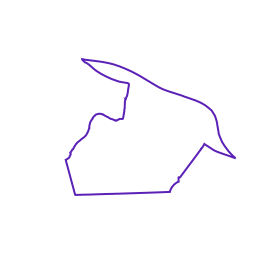 Hendrik-Ido-Ambacht, Zuid-Holland, Netherlands, rotated 328°
{"feature_id": "6326949B24881260895403", "entity_name": "Hendrik-Ido-Ambacht", "entity_type": "district", "adm_level": 2, "iso_a3": "NLD", "parent_name": "Netherlands", "parent_adm1": "Zuid-Holland", "projection": "albers", "projection_center": [4.638, 51.847], "detail": "fine", "context": "isolated", "style": "outline", "palette": "violet", "viewbox_px": 256, "rotation_deg": 328, "n_neighbors": 0, "source": "geoboundaries", "source_scale": "gbopen_adm2", "svg_char_len": 5506}
<svg xmlns="http://www.w3.org/2000/svg" viewBox="0 0 256 256"><g transform="rotate(328 128 128)"><path d="M125.4,45.8L125.9,48.1L126.2,49.1L126.4,49.7L126.8,50.2L127.0,50.5L127.3,50.8L127.6,51.5L128.0,52.5L128.2,52.8L128.3,53.1L128.6,54.1L128.7,54.4L128.9,55.1L129.2,55.9L129.4,56.5L129.8,58.0L130.0,58.7L130.2,59.3L130.4,59.8L130.7,60.8L131.2,62.2L131.8,63.5L132.1,64.3L132.5,65.0L133.3,66.6L133.7,67.5L133.8,67.7L134.7,69.2L135.5,70.6L136.0,71.5L136.2,71.9L136.7,72.6L137.4,73.7L138.1,74.8L138.7,75.7L139.2,76.4L139.8,77.4L140.2,78.0L140.8,78.7L141.4,79.4L142.2,80.4L142.3,80.6L142.7,81.1L143.1,81.6L143.6,82.3L144.2,83.0L144.6,83.4L144.7,83.6L145.1,84.0L145.5,84.3L146.1,84.9L146.7,85.5L147.0,85.8L147.4,86.2L147.9,86.6L148.2,86.8L149.0,87.5L150.0,88.4L150.7,89.0L150.9,89.2L151.1,89.4L151.3,89.5L151.5,89.9L151.6,90.0L151.9,90.3L152.0,90.5L152.1,90.8L151.8,91.6L151.6,91.9L151.2,92.4L151.0,92.7L149.5,94.3L148.1,95.9L146.6,97.8L146.0,98.4L144.8,99.7L143.9,100.5L142.4,101.3L141.4,102.3L141.3,102.2L141.3,102.3L140.9,102.4L140.3,103.1L139.6,103.6L139.3,104.1L139.0,104.6L138.8,104.8L138.5,105.2L138.3,105.5L138.2,105.8L137.7,106.5L136.7,107.9L135.4,109.8L135.2,110.1L134.7,110.5L134.4,110.7L134.2,110.9L134.2,111.0L133.9,111.5L133.8,111.8L133.7,111.9L133.6,112.0L133.4,112.3L133.0,112.7L132.6,113.1L132.3,113.6L132.1,113.8L131.8,113.9L131.2,114.7L130.3,115.7L129.6,116.5L128.8,117.2L128.6,117.3L128.2,117.5L127.1,116.7L126.9,116.6L126.3,116.2L125.8,115.9L125.5,115.8L124.2,115.8L124.1,115.7L123.5,115.8L122.5,115.7L121.9,115.5L121.4,115.3L121.3,115.2L121.2,114.9L121.4,114.7L120.7,114.3L120.6,114.2L120.3,113.7L119.8,112.7L119.7,112.6L118.5,111.4L117.9,110.6L116.6,107.9L116.3,107.6L114.7,104.9L114.1,103.5L113.8,103.4L113.5,103.0L113.6,102.7L113.3,102.5L112.9,102.2L112.0,101.1L111.9,101.1L111.6,101.0L110.8,100.6L110.2,100.2L109.8,100.1L109.0,99.9L108.3,99.7L107.9,99.6L107.5,99.7L107.3,99.8L106.7,99.9L106.5,100.0L106.4,100.0L105.6,100.0L104.9,100.2L104.3,100.5L103.6,100.7L102.9,101.2L102.8,101.4L102.5,101.5L102.2,101.5L101.7,101.7L100.9,102.2L99.7,102.7L99.4,102.9L98.3,103.8L96.3,105.8L95.3,107.2L95.3,107.3L95.2,107.4L95.0,107.6L95.0,107.8L94.5,108.1L93.9,108.5L93.2,109.0L92.9,109.4L90.8,110.7L90.7,110.7L88.9,111.8L86.7,112.4L85.9,112.5L85.4,112.6L84.5,112.6L83.6,112.7L81.8,112.9L81.2,113.0L79.8,113.3L78.8,113.3L77.6,113.4L77.0,113.7L75.1,114.2L72.9,115.3L72.6,115.4L72.3,115.6L71.8,115.9L71.5,116.1L70.4,116.7L70.2,116.7L70.2,116.8L68.7,117.1L68.3,117.4L67.0,118.1L66.4,118.1L65.8,118.4L65.6,119.8L65.0,120.2L64.7,120.5L63.5,121.1L62.8,121.7L62.3,121.9L62.1,122.0L61.8,122.1L61.5,122.1L61.2,122.1L60.9,122.1L59.6,122.1L58.3,122.0L58.0,123.0L57.5,124.4L57.0,126.1L56.0,129.6L51.9,143.0L50.5,147.7L48.7,153.5L47.9,156.3L47.8,156.6L47.9,156.8L48.0,156.8L48.1,157.0L48.5,157.2L50.0,158.1L52.7,159.7L53.4,160.1L54.5,160.7L59.1,163.5L61.2,164.7L65.7,167.3L66.9,168.0L68.1,168.7L76.4,173.5L78.2,174.6L78.9,175.0L79.3,175.2L79.9,175.6L80.7,176.1L81.8,176.7L82.4,177.1L83.2,177.5L83.9,177.9L84.5,178.3L85.1,178.7L86.5,179.5L87.1,179.8L88.4,180.6L88.8,180.8L99.3,186.9L105.0,190.2L120.2,199.0L120.4,199.1L126.5,202.6L129.0,204.0L129.7,204.4L130.1,203.9L130.5,203.5L130.7,203.4L130.9,203.3L131.1,203.1L131.3,203.0L131.5,202.8L131.7,202.7L132.0,202.5L132.1,202.4L132.4,202.3L132.9,202.0L133.1,201.9L133.3,201.8L133.6,201.6L133.8,201.5L134.0,201.5L134.2,201.4L134.5,201.3L134.6,201.2L134.8,201.2L135.3,201.0L135.6,200.9L135.9,200.8L136.1,200.7L136.4,200.6L136.6,200.6L136.9,200.5L137.1,200.5L137.4,200.4L138.0,200.3L138.3,200.3L138.5,200.2L138.8,200.2L139.1,200.2L139.3,200.2L139.7,200.1L140.0,200.1L140.4,200.1L140.6,200.1L140.9,200.1L141.4,200.2L141.7,200.2L142.1,200.2L142.4,200.4L142.5,200.3L142.7,200.0L143.0,199.5L143.2,199.0L143.8,198.2L144.6,196.7L144.8,196.7L146.0,197.4L161.4,191.4L166.4,189.5L168.3,188.7L171.8,187.4L176.2,185.6L177.9,185.0L178.5,184.8L179.0,184.6L179.4,184.4L179.3,184.2L180.0,184.0L180.5,184.0L180.9,183.8L181.5,183.5L181.9,183.3L182.9,182.8L183.5,182.5L183.7,182.3L184.3,182.0L184.4,182.4L184.9,183.5L185.7,185.1L186.4,186.6L187.1,188.1L187.7,189.4L188.1,190.5L188.3,190.8L188.9,192.0L189.1,192.5L189.9,193.7L190.8,195.1L190.9,195.3L191.9,196.5L193.2,198.2L195.3,200.8L197.4,203.4L198.1,204.2L198.3,204.5L203.2,210.7L202.4,207.8L202.1,206.8L201.9,206.0L201.6,204.6L201.3,202.8L201.0,201.3L200.9,200.5L200.9,200.1L200.8,199.5L200.7,197.7L200.6,196.5L200.4,194.4L200.4,193.4L200.4,192.4L200.4,191.6L200.4,190.8L200.4,190.1L200.5,189.2L200.6,188.3L201.1,185.0L201.5,182.9L201.6,182.3L201.9,181.2L202.2,180.3L202.9,178.8L205.2,173.1L206.6,169.8L207.5,166.7L208.2,163.5L208.2,160.2L208.2,157.7L208.0,156.8L207.7,155.9L207.4,154.8L207.0,153.8L206.7,152.9L206.1,151.2L205.5,149.7L205.0,148.7L204.5,147.8L204.1,147.0L203.7,146.1L203.2,145.4L202.6,144.3L202.4,144.0L201.7,143.1L200.7,141.6L199.8,140.3L198.5,138.7L197.2,137.1L195.4,134.8L192.1,130.8L191.0,129.2L189.3,127.2L187.9,125.6L186.2,123.5L184.4,121.4L182.5,119.2L182.0,118.6L180.0,116.1L177.9,113.3L176.1,110.4L174.5,107.5L168.2,95.2L167.6,94.0L167.0,92.8L166.2,91.2L165.5,89.9L164.8,88.6L163.8,86.9L162.9,85.3L162.1,84.0L161.3,82.6L160.5,81.3L159.6,80.0L158.6,78.5L157.3,76.5L156.0,74.7L155.4,73.9L154.4,72.5L153.7,71.5L153.2,70.9L152.5,70.0L151.6,69.0L150.5,67.6L149.5,66.4L148.4,65.3L147.7,64.5L147.3,64.1L146.5,63.3L144.0,60.9L142.8,59.8L141.6,58.7L139.2,56.6L137.8,55.5L134.8,53.0L133.0,51.6L128.2,47.7L127.9,47.5L127.6,47.2L126.1,45.7L125.6,45.3L125.4,45.8Z" fill="none" stroke="#5b21b6" stroke-width="2"/></g></svg>